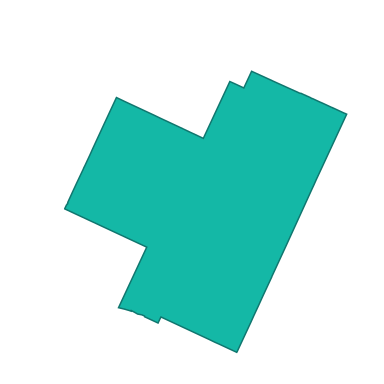 outline of Tatiara, South Australia, Australia, rotated 25°
{"feature_id": "25037944B1672021896244", "entity_name": "Tatiara", "entity_type": "district", "adm_level": 2, "iso_a3": "AUS", "parent_name": "Australia", "parent_adm1": "South Australia", "projection": "robinson", "projection_center": [140.706, -36.222], "detail": "fine", "context": "isolated", "style": "filled", "palette": "teal", "viewbox_px": 384, "rotation_deg": 25, "n_neighbors": 0, "source": "geoboundaries", "source_scale": "gbopen_adm2", "svg_char_len": 3927}
<svg xmlns="http://www.w3.org/2000/svg" viewBox="0 0 384 384"><g transform="rotate(25 192 192)"><path d="M299.3,56.1L299.2,56.1L298.7,56.1L298.4,56.1L298.0,56.1L297.9,56.1L297.7,56.1L297.2,56.1L296.6,56.2L296.4,56.2L296.0,56.2L295.8,56.2L295.7,56.2L295.4,56.2L295.2,56.2L294.8,56.2L294.4,56.2L294.2,56.2L293.9,56.2L293.7,56.2L293.4,56.2L293.1,56.2L292.9,56.2L292.7,56.2L292.3,56.2L291.6,56.2L291.1,56.2L290.9,56.2L290.7,56.2L290.4,56.2L290.2,56.2L289.9,56.2L289.7,56.2L289.4,56.2L289.2,56.2L288.8,56.2L288.6,56.2L288.3,56.2L288.2,56.2L287.9,56.2L287.7,56.2L287.4,56.2L287.0,56.2L286.8,56.2L286.6,56.2L286.1,56.2L285.7,56.2L285.3,56.2L285.0,56.2L284.8,56.2L284.6,56.2L284.4,56.2L284.2,56.2L284.2,56.3L283.9,56.2L283.7,56.2L283.4,56.2L283.0,56.3L282.9,56.3L282.7,56.3L282.3,56.3L282.2,56.3L281.9,56.3L281.7,56.3L281.3,56.3L281.2,56.3L280.6,56.3L280.3,56.3L280.2,56.3L279.7,56.3L279.4,56.3L279.0,56.3L278.8,56.3L278.7,56.3L278.4,56.3L278.1,56.3L277.9,56.3L277.7,56.3L277.4,56.3L277.2,56.3L276.9,56.3L276.4,56.3L276.0,56.3L275.9,56.3L275.4,56.3L274.9,56.3L274.5,56.3L274.2,56.3L273.8,56.3L273.7,56.3L273.3,56.3L272.9,56.4L272.6,56.3L272.4,56.3L272.2,56.3L271.9,56.4L271.6,56.4L271.4,56.4L271.2,56.4L270.9,56.3L270.7,56.4L270.3,56.4L270.2,56.4L269.9,56.4L269.7,56.4L269.1,56.4L268.7,56.4L268.4,56.4L268.2,56.4L267.9,56.4L267.7,56.4L267.4,56.4L267.1,56.4L266.9,56.4L266.6,56.4L266.4,56.4L266.1,56.4L265.5,56.4L265.4,56.4L265.1,56.4L264.8,56.4L264.5,56.4L264.3,56.4L264.2,56.4L263.9,56.4L263.5,56.4L263.3,56.4L262.9,56.4L262.7,56.4L262.4,56.4L262.0,56.4L261.9,56.4L261.7,56.4L261.4,56.5L261.2,56.7L260.7,56.5L260.4,56.5L260.2,56.5L259.9,56.5L259.6,56.4L259.4,56.4L259.2,56.4L258.9,56.4L258.7,56.4L258.4,56.4L258.2,56.4L257.8,56.4L257.5,56.4L257.1,56.4L256.9,56.4L256.6,56.4L256.4,56.5L256.1,56.5L255.7,56.4L255.4,56.5L255.2,56.5L254.9,56.5L254.7,56.4L254.3,56.5L254.1,56.4L253.7,56.4L253.4,56.5L253.0,56.5L252.7,56.5L252.4,56.5L252.2,56.5L251.9,56.5L251.7,56.5L251.4,56.5L251.2,56.5L250.8,56.5L250.7,56.5L250.2,56.5L249.8,56.5L249.4,56.5L249.0,56.5L248.8,56.6L248.5,56.7L248.3,56.9L221.9,57.2L195.0,57.4L195.0,75.8L185.0,75.8L184.9,75.8L179.6,75.9L179.6,107.7L179.6,138.6L174.3,138.6L163.8,138.6L150.9,138.5L146.9,138.5L141.3,138.5L141.1,138.5L140.8,138.5L134.3,138.5L132.2,138.5L125.1,138.4L117.5,138.4L111.8,138.4L107.1,138.4L98.7,138.4L93.1,138.4L83.6,138.3L83.6,154.4L83.6,157.4L83.6,167.1L83.7,194.9L83.8,200.9L83.8,213.1L83.7,216.1L83.8,217.1L83.7,231.4L83.7,241.1L83.8,253.8L84.0,254.0L84.1,254.4L84.0,254.6L84.0,254.9L84.2,255.0L84.3,255.2L84.3,255.3L84.0,255.6L84.0,255.8L84.1,256.0L83.9,256.4L83.7,256.9L83.7,257.1L83.7,257.3L83.8,257.5L83.8,257.8L83.7,258.0L83.7,259.0L83.8,259.3L83.8,259.5L83.7,259.6L83.7,260.9L83.8,261.1L85.3,261.1L92.9,261.1L99.4,261.1L103.5,261.1L111.3,261.1L111.7,261.1L113.1,261.1L115.6,261.1L122.7,261.1L126.2,261.1L132.2,261.1L135.8,261.1L142.1,261.1L144.2,261.1L153.6,261.1L158.1,261.1L158.7,261.1L159.1,261.1L159.6,261.1L160.0,261.1L160.7,261.1L160.8,261.1L167.1,261.1L174.3,261.1L174.3,281.8L174.3,282.2L174.3,282.3L174.3,282.5L174.3,287.1L174.3,288.2L174.3,305.2L174.3,315.4L174.3,315.5L174.3,319.4L174.3,324.7L174.3,326.0L174.3,327.9L180.3,326.7L180.8,326.6L182.2,326.4L186.6,325.7L186.6,325.8L187.3,325.7L187.1,325.1L190.8,325.3L194.3,325.6L197.8,324.7L198.8,324.5L201.4,324.5L201.8,325.1L208.9,325.1L216.6,325.1L216.6,323.6L216.6,320.4L216.7,318.4L220.0,318.4L223.2,318.4L232.4,318.4L232.6,318.4L235.3,318.4L240.5,318.4L246.0,318.4L250.8,318.4L256.8,318.4L258.9,318.4L263.1,318.4L266.9,318.4L270.2,318.4L276.4,318.5L280.9,318.4L281.1,318.4L282.7,318.4L288.4,318.4L288.5,318.4L293.1,318.4L296.8,318.4L297.1,318.4L300.3,318.4L300.4,317.3L300.4,285.1L300.3,277.9L300.3,270.9L300.3,267.0L300.2,256.3L300.2,237.0L300.2,235.2L300.1,234.9L300.1,233.2L300.0,201.9L299.5,138.8L299.5,134.2L299.4,128.0L299.4,118.5L299.3,57.9L299.3,56.1Z" fill="#14b8a6" stroke="#0f766e" stroke-width="1.5"/></g></svg>